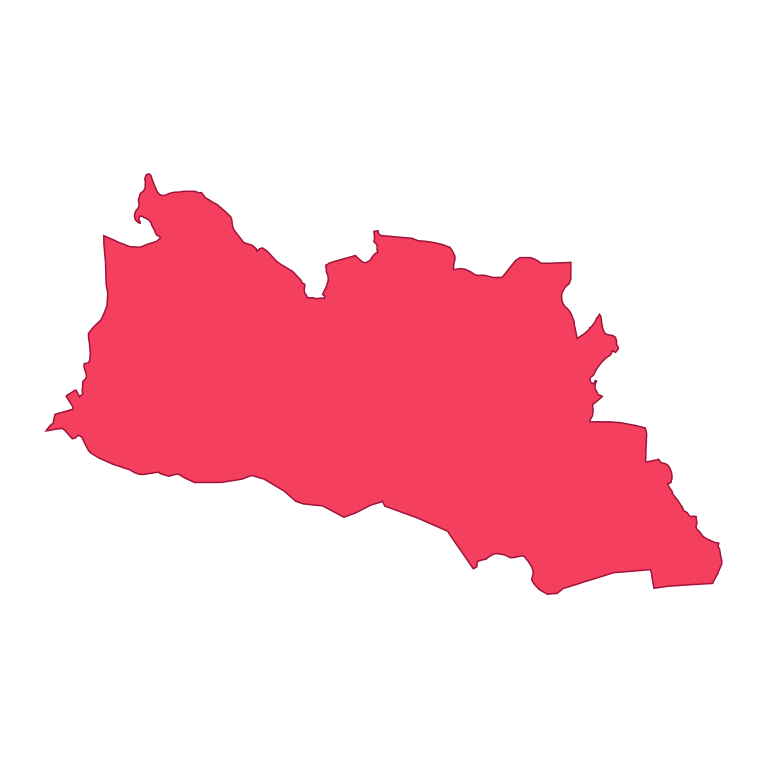 Al Mudhaffar, Ta`izz, Yemen
{"feature_id": "15242507B33638153747528", "entity_name": "Al Mudhaffar", "entity_type": "district", "adm_level": 2, "iso_a3": "YEM", "parent_name": "Yemen", "parent_adm1": "Ta`izz", "projection": "orthographic", "projection_center": [43.99, 13.582], "detail": "fine", "context": "isolated", "style": "filled", "palette": "rose", "viewbox_px": 768, "rotation_deg": 0, "n_neighbors": 0, "source": "geoboundaries", "source_scale": "gbopen_adm2", "svg_char_len": 6090}
<svg xmlns="http://www.w3.org/2000/svg" viewBox="0 0 768 768"><path d="M567.1,587.3L581.2,582.9L582.4,582.4L590.3,580.0L613.6,572.7L631.0,571.3L650.3,569.6L651.4,572.7L652.3,579.1L653.2,583.8L654.0,588.3L662.6,587.0L669.9,586.1L690.6,584.7L712.8,583.4L713.0,582.5L715.4,578.0L717.6,573.9L719.0,570.3L721.6,564.3L721.9,561.4L720.8,556.8L719.6,549.2L718.0,546.3L718.8,543.2L718.1,543.0L716.1,542.8L712.9,541.7L711.7,541.1L709.6,540.0L708.0,539.4L706.8,538.8L704.1,537.2L702.8,536.1L702.3,535.4L701.4,534.3L699.9,532.1L697.8,529.9L696.8,529.2L696.3,528.2L696.1,526.1L697.0,523.2L696.7,522.1L696.4,519.0L696.1,518.1L696.2,516.6L694.3,516.2L693.3,516.4L692.5,516.2L691.4,516.6L689.5,516.0L688.1,514.0L687.1,512.5L685.0,511.4L683.4,510.3L682.8,508.5L682.4,507.0L681.1,505.6L680.4,504.3L678.1,500.9L677.4,499.7L676.1,498.3L673.9,495.5L672.3,493.3L672.2,491.5L669.3,487.4L667.5,483.6L669.0,483.4L669.6,483.4L671.0,482.5L671.5,479.9L672.0,478.7L672.0,476.0L671.5,472.5L670.1,468.6L668.1,465.5L666.6,464.4L665.9,464.0L664.0,463.3L661.3,462.9L660.7,462.1L659.4,460.5L658.5,459.2L657.6,459.7L646.3,462.0L645.7,461.3L645.9,450.1L646.0,449.0L646.0,447.3L646.3,443.5L646.4,438.7L646.7,434.1L645.4,428.0L641.7,427.0L637.6,426.1L637.0,425.8L620.0,422.6L614.0,422.2L610.9,421.9L605.8,421.9L598.1,421.8L590.1,421.8L589.9,420.8L590.3,419.6L591.8,417.1L592.2,416.3L592.7,414.1L592.9,412.7L593.1,410.5L592.9,408.4L592.6,407.5L592.7,405.8L593.1,403.9L593.7,403.7L594.4,403.2L600.4,398.3L602.3,396.3L598.0,394.4L594.8,387.7L594.9,386.8L595.4,383.7L596.5,381.2L596.1,380.7L595.3,380.7L594.3,382.6L593.5,383.8L590.8,382.4L589.8,379.4L590.3,378.2L591.0,376.7L593.0,375.7L594.3,373.6L595.3,371.3L596.2,369.6L598.9,365.8L600.7,363.3L602.8,361.1L605.0,359.0L606.9,357.3L608.7,356.2L610.4,355.0L611.6,353.0L612.3,350.7L615.5,352.4L618.0,349.3L618.4,348.6L618.3,347.8L618.0,346.8L617.7,346.2L617.2,345.5L616.6,344.6L616.5,343.6L616.6,341.4L616.4,340.4L615.8,338.3L615.2,337.0L614.5,337.3L614.0,337.0L613.5,336.0L612.3,335.3L610.0,335.1L607.4,334.6L605.4,333.8L603.8,331.2L602.6,328.0L602.1,325.2L601.0,317.4L600.5,315.8L599.9,314.9L599.4,314.3L597.6,317.5L596.8,317.8L594.8,322.3L590.6,327.6L589.4,328.0L589.4,329.2L583.6,334.3L577.1,338.5L576.3,333.8L574.3,324.7L574.2,321.7L571.5,314.6L569.7,311.4L568.0,309.3L564.9,306.4L562.7,303.2L561.7,299.2L561.7,293.7L564.1,288.8L565.5,286.7L568.9,284.0L570.8,279.5L570.8,270.2L570.9,262.4L547.2,263.3L540.5,263.1L538.7,261.4L535.2,259.4L530.6,257.6L520.0,257.6L515.6,260.5L502.2,277.3L493.2,277.5L484.6,275.3L476.9,275.3L474.4,274.4L471.1,272.1L465.1,269.2L460.2,268.6L453.8,269.7L453.6,268.0L453.8,263.8L455.1,258.9L454.7,255.5L451.9,250.1L449.7,247.2L446.4,246.1L444.4,245.3L442.2,244.5L437.2,243.3L433.6,242.5L430.7,242.0L423.1,241.1L418.2,240.8L411.6,238.2L409.7,238.1L395.9,236.9L388.4,236.2L385.6,236.0L380.7,235.5L378.4,233.4L378.1,230.8L373.9,231.4L374.6,238.1L373.8,241.6L377.0,244.8L377.2,248.3L376.9,249.6L377.9,252.3L375.4,253.4L373.6,255.2L372.9,255.9L370.6,259.5L369.2,261.0L365.7,262.7L363.3,262.4L362.5,261.9L360.3,260.1L357.0,257.2L355.5,255.5L333.8,261.6L328.9,263.3L328.0,264.1L325.9,265.1L325.9,267.9L326.5,268.8L326.2,271.5L327.8,275.4L328.0,276.2L328.3,280.2L327.3,283.5L326.5,286.2L324.8,289.7L322.5,294.6L323.6,295.1L324.9,296.1L324.3,297.9L323.6,298.1L317.3,298.4L315.7,298.6L312.5,297.6L311.3,298.0L310.3,297.9L308.4,297.6L307.9,298.0L304.5,292.3L304.2,289.7L304.9,285.3L304.7,284.5L304.1,283.9L302.2,283.0L300.5,279.4L299.5,278.8L296.6,275.7L296.1,275.0L292.6,271.4L290.0,269.9L281.6,264.8L280.5,264.2L276.8,261.4L275.5,260.1L267.0,251.0L262.4,247.9L259.7,248.7L256.8,251.1L256.6,250.4L256.1,248.7L252.1,245.2L243.8,242.6L237.2,234.1L234.6,230.7L233.2,228.6L232.1,223.1L231.7,219.0L230.7,216.8L225.8,212.0L217.2,204.6L213.4,202.6L210.9,201.1L205.3,197.6L201.4,192.5L199.5,193.1L195.3,191.4L185.0,191.3L182.3,191.5L179.4,192.1L174.8,192.2L171.9,192.7L168.8,193.6L167.0,194.5L166.3,195.0L162.8,195.6L161.5,195.3L159.4,194.3L157.7,192.3L156.2,189.7L156.0,188.8L154.2,184.8L151.9,178.7L151.3,176.2L150.1,174.7L149.0,173.8L146.4,174.7L145.5,176.6L144.8,179.1L145.3,181.2L145.3,183.6L145.1,188.3L143.2,191.4L141.1,192.7L139.9,194.4L139.1,198.0L138.3,200.2L139.2,204.0L138.8,206.5L138.3,207.5L137.3,209.1L135.9,210.7L135.2,212.4L134.6,214.6L134.4,216.4L135.2,219.4L136.6,221.2L138.6,222.7L139.9,223.3L140.3,222.7L139.9,221.4L138.9,219.9L139.0,218.1L139.4,216.8L140.5,216.2L141.3,216.1L142.6,216.6L143.7,217.4L147.1,218.9L149.5,220.6L150.0,221.4L151.4,223.4L151.5,224.7L154.4,230.1L156.5,235.0L159.6,236.6L160.3,238.1L156.7,241.3L147.7,244.2L143.1,246.0L140.4,247.2L130.0,246.7L116.5,241.5L115.8,240.9L103.8,235.7L103.9,244.2L105.5,262.3L106.2,284.7L107.8,293.4L107.1,302.7L106.9,306.0L103.9,313.7L101.0,319.9L93.5,327.0L88.4,333.5L88.7,338.7L89.5,343.7L90.3,353.8L89.8,360.0L88.4,362.9L84.3,363.6L83.9,366.5L86.5,375.5L86.1,378.1L82.8,381.6L82.6,385.7L82.6,387.5L82.1,390.2L82.8,393.7L79.6,396.7L76.0,390.1L74.1,390.7L71.3,392.7L67.6,394.9L66.2,396.3L73.0,407.1L73.0,409.2L55.1,414.3L54.3,417.2L53.1,423.2L49.8,425.8L46.1,430.9L51.8,430.0L55.3,429.2L58.4,428.9L62.5,428.4L65.9,431.5L72.3,438.8L75.4,437.8L78.4,435.2L81.9,437.2L83.3,440.4L88.1,449.9L90.6,452.9L99.0,458.0L112.8,464.2L129.9,469.8L134.4,472.6L139.5,474.3L143.4,474.5L158.2,472.1L160.7,473.8L168.7,476.2L175.1,474.5L178.3,474.1L185.0,478.1L194.7,482.5L221.6,482.4L242.1,479.1L251.5,475.4L264.1,479.1L284.2,491.1L295.7,501.2L303.0,503.8L314.4,505.1L322.4,505.8L333.8,511.8L343.0,516.8L343.9,517.2L355.2,513.1L371.2,504.9L380.6,502.2L382.3,501.1L384.9,506.2L390.1,508.0L417.7,518.1L435.1,525.7L448.1,531.5L448.7,533.0L454.1,541.0L462.5,553.0L472.8,568.1L473.3,568.7L474.5,568.2L476.8,566.8L477.1,563.0L477.6,561.3L480.0,560.7L481.4,560.1L485.2,559.3L486.3,559.0L489.0,556.6L494.2,553.9L497.3,553.6L504.4,554.8L510.4,557.7L511.3,557.7L514.3,557.5L521.9,555.8L524.3,556.6L527.5,560.5L527.9,560.9L531.6,566.6L533.4,572.4L531.7,579.3L532.2,581.2L534.8,584.8L539.5,589.8L545.8,593.3L547.2,594.2L557.0,593.4L561.3,590.1L563.1,588.5L567.1,587.3Z" fill="#f43f5e" stroke="#9f1239" stroke-width="1.5"/></svg>